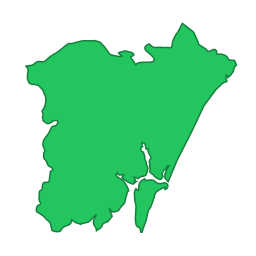 outline of Southern, rotated 273°
{"feature_id": "SLE-760", "entity_name": "Southern", "entity_type": "Province", "adm_level": 1, "iso_a3": "SLE", "parent_name": "Sierra Leone", "parent_adm1": "", "projection": "robinson", "projection_center": [-12.13, 7.714], "detail": "fine", "context": "isolated", "style": "filled", "palette": "green", "viewbox_px": 256, "rotation_deg": 273, "n_neighbors": 0, "source": "natural_earth", "source_scale": "10m", "svg_char_len": 5667}
<svg xmlns="http://www.w3.org/2000/svg" viewBox="0 0 256 256"><g transform="rotate(273 128 128)"><path d="M235.3,176.8L227.7,187.8L226.7,188.8L217.1,193.7L215.1,194.2L211.1,201.4L209.0,203.6L208.6,204.1L208.9,205.5L210.6,208.5L211.0,210.2L210.7,211.3L210.1,212.0L209.2,212.4L206.7,212.7L206.3,213.6L206.7,216.3L206.5,218.2L205.8,220.8L204.6,222.9L201.5,225.0L201.0,227.2L201.2,230.6L200.3,231.2L196.6,233.1L194.7,231.3L189.9,230.1L187.5,228.7L185.3,227.0L183.6,225.2L184.6,225.0L185.2,224.7L185.5,224.3L186.0,223.4L182.7,223.3L181.3,223.6L180.3,224.3L179.6,224.3L178.5,221.4L176.9,219.4L170.7,213.6L154.2,202.7L127.0,191.5L98.8,178.9L76.5,170.9L80.0,167.5L84.3,167.3L88.7,168.9L92.5,170.9L92.3,169.7L91.7,168.9L90.9,168.3L89.7,168.1L88.8,167.9L87.9,166.2L86.9,165.4L84.7,164.5L83.5,164.3L81.4,165.6L80.4,165.0L79.5,164.1L78.5,163.6L78.2,162.4L79.2,159.9L80.7,157.5L82.9,155.3L84.1,153.3L85.6,151.8L87.7,152.6L89.0,151.9L90.3,151.7L93.3,151.7L93.9,151.6L95.3,151.0L96.1,150.9L96.9,151.2L98.3,152.4L98.9,152.6L101.2,151.9L103.1,150.5L105.4,149.3L108.5,149.2L108.2,148.7L108.0,147.7L107.8,147.3L109.9,146.6L112.0,146.2L113.6,145.3L114.1,142.7L113.3,142.7L112.5,142.9L111.7,142.9L110.9,143.1L110.1,143.6L109.5,142.4L109.3,141.9L108.1,142.1L106.8,142.2L105.7,142.4L105.2,143.1L104.9,144.3L104.2,144.9L102.1,145.5L100.7,146.2L98.5,146.3L97.4,146.6L95.0,147.9L92.4,148.4L89.9,149.6L88.5,150.0L87.8,149.9L85.4,149.3L84.1,149.2L81.5,148.1L80.6,145.5L80.0,142.8L78.1,140.9L78.1,140.1L78.7,139.5L79.0,138.7L79.1,137.7L79.0,136.4L78.1,137.3L77.2,137.9L76.5,137.9L75.8,137.2L75.0,137.2L75.0,139.1L72.2,136.0L73.6,131.5L78.1,124.5L80.0,125.7L80.6,126.3L81.4,125.4L80.7,123.7L80.6,121.9L81.2,120.5L82.9,120.0L80.5,118.2L78.4,120.3L75.0,126.3L69.2,130.4L65.4,132.0L63.7,130.5L62.8,130.5L55.3,128.9L54.6,128.9L53.8,128.7L52.6,128.2L48.0,124.5L46.3,123.7L44.9,122.4L43.8,120.0L43.4,117.6L43.8,116.0L45.0,114.8L47.0,113.7L44.9,114.1L39.0,116.8L33.5,112.8L31.9,109.3L30.8,107.9L29.1,107.3L27.8,106.7L26.3,105.2L23.8,101.9L26.1,101.4L30.0,98.8L32.2,98.3L34.1,98.5L36.0,99.2L39.9,101.0L37.5,98.3L34.5,96.0L32.0,93.4L30.1,86.9L29.8,86.5L29.3,86.1L29.5,85.1L30.2,83.3L30.5,81.4L31.3,79.6L32.3,77.9L33.5,76.5L29.8,75.9L28.2,74.2L27.3,71.7L25.5,68.4L24.1,67.3L22.6,66.6L21.3,65.5L20.7,63.3L20.8,61.4L21.0,59.7L21.5,58.1L21.8,57.5L22.0,57.3L27.7,55.8L29.1,55.2L30.6,53.8L32.6,51.2L33.9,50.0L35.9,47.7L37.2,45.5L37.9,44.5L38.5,43.4L39.0,42.2L39.3,41.6L39.7,41.1L40.5,40.8L41.6,40.7L43.7,40.9L44.8,41.3L45.6,41.7L46.0,42.2L46.3,42.8L46.6,43.4L46.8,44.0L47.2,44.4L47.9,44.6L48.7,44.5L51.1,43.1L52.2,42.9L59.1,42.8L59.8,42.9L60.4,43.2L60.9,43.5L61.2,44.1L61.5,44.7L62.1,45.2L63.1,45.5L65.2,45.5L67.3,45.8L68.4,46.3L68.9,46.7L69.3,47.1L69.4,47.9L69.4,49.5L69.6,50.2L69.8,50.9L70.1,51.4L70.5,51.9L71.3,52.1L80.2,52.7L80.7,53.0L81.1,53.4L81.5,53.9L81.7,54.6L82.1,55.0L82.8,55.1L83.9,54.4L84.5,53.8L84.9,53.1L85.6,51.2L86.0,50.7L86.4,50.3L86.9,49.9L90.4,48.2L91.5,47.4L92.2,46.8L93.0,45.8L93.8,45.5L95.0,45.3L98.3,45.2L99.2,45.3L99.7,45.6L100.2,46.0L101.0,46.1L101.9,45.9L105.3,44.3L106.1,44.0L107.1,43.9L108.8,43.9L111.1,44.3L111.9,44.6L119.0,49.2L124.8,51.7L125.2,52.1L125.6,52.6L126.3,54.6L126.5,55.2L127.2,56.3L127.7,56.7L128.1,57.1L128.7,57.3L129.4,57.4L130.6,57.7L131.0,57.6L131.5,56.9L131.7,55.5L131.7,54.8L131.6,54.1L131.2,52.8L130.9,52.3L130.4,52.0L129.9,51.7L129.6,51.2L128.4,48.8L128.2,48.1L128.2,47.4L128.4,46.8L128.6,46.2L130.7,43.1L131.0,42.7L131.6,42.7L132.4,42.7L133.5,42.2L135.3,42.1L136.8,42.5L137.5,42.5L138.3,42.2L139.5,41.5L140.4,41.3L141.2,41.5L143.2,43.0L147.7,44.3L150.6,44.5L153.7,44.3L155.8,43.6L161.3,41.0L162.0,40.4L164.8,37.5L165.6,36.4L166.1,35.3L166.6,32.4L166.8,29.1L167.0,28.3L167.2,27.7L167.6,27.2L168.3,26.7L170.8,25.4L172.1,25.0L173.5,24.8L180.1,25.2L181.8,24.9L184.4,22.9L185.6,28.5L186.5,30.3L187.6,31.3L189.2,33.5L189.6,34.5L189.8,35.4L189.6,37.6L189.7,39.7L190.0,40.8L190.4,41.6L192.9,44.2L193.4,44.5L195.4,46.7L200.4,54.0L208.3,62.9L209.1,64.2L209.4,65.1L209.4,65.7L209.3,66.2L209.3,66.8L209.4,67.5L209.6,68.2L212.5,77.2L212.9,79.8L213.0,84.9L213.4,88.4L213.5,89.9L213.3,91.3L212.7,94.1L212.2,95.4L211.9,95.9L211.5,96.4L211.1,96.9L210.2,97.5L208.8,99.3L208.4,99.8L200.8,105.9L200.5,106.4L200.3,107.1L199.1,113.2L199.0,116.4L199.2,117.5L199.4,118.2L199.7,118.1L200.0,117.7L201.8,115.2L202.1,114.8L202.5,114.6L202.7,114.9L204.7,120.5L204.8,121.5L204.7,122.3L204.5,122.8L204.3,123.5L203.8,126.6L203.4,127.9L202.8,129.0L202.3,129.4L201.8,129.8L201.3,129.9L200.7,129.7L200.4,129.3L199.9,128.0L199.6,127.4L199.3,127.0L198.9,127.0L198.4,127.2L194.7,130.2L191.4,132.4L191.5,132.7L191.8,133.0L193.0,133.5L193.6,135.2L194.3,138.3L194.8,145.4L195.2,148.3L195.8,149.9L196.4,150.1L196.9,150.4L197.5,150.6L198.1,150.6L198.7,150.4L199.2,150.1L199.7,149.7L202.3,147.0L206.0,142.1L206.9,141.4L208.0,140.8L208.6,140.7L209.3,140.7L209.9,140.9L210.5,141.2L210.9,141.5L211.4,142.0L213.1,144.6L212.9,145.1L210.2,148.3L210.0,149.3L209.8,150.7L210.3,156.6L210.2,157.4L210.2,160.2L210.5,163.3L210.4,166.3L210.6,166.9L211.1,167.3L212.3,167.6L213.7,167.8L215.3,167.9L216.7,168.1L219.7,169.1L223.7,170.9L226.7,172.9L235.2,176.7L235.3,176.8ZM78.1,147.3L76.8,148.2L76.6,149.7L77.4,153.6L77.1,156.0L76.3,157.4L75.2,158.7L74.2,160.8L74.1,162.9L75.1,167.3L75.0,169.0L73.5,170.5L71.5,170.9L69.6,170.1L68.5,168.1L70.9,168.1L69.3,164.8L67.3,161.6L65.0,159.1L62.6,158.1L60.9,158.0L50.3,154.8L46.5,152.6L36.6,150.9L24.6,147.3L24.6,146.3L29.0,145.1L29.5,143.3L30.9,141.6L32.6,140.9L37.1,140.1L49.8,140.1L51.8,139.8L56.2,138.5L63.1,137.8L65.5,138.0L67.8,139.1L66.1,141.4L67.2,142.0L71.7,141.9L73.8,142.5L75.5,143.7L76.9,145.4L78.1,147.3Z" fill="#22c55e" stroke="#15803d" stroke-width="1.5"/></g></svg>